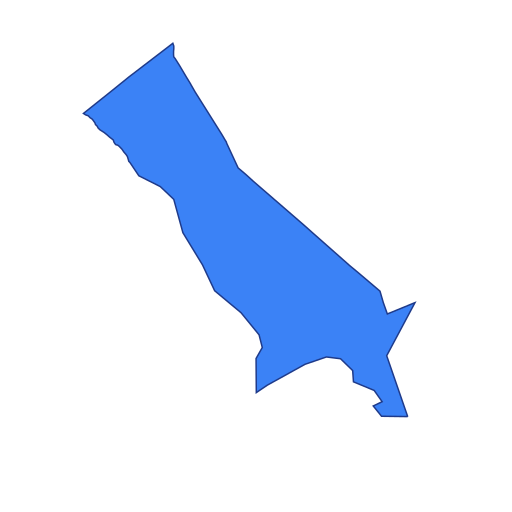 Renk, Upper Nile, South Sudan, rotated 319°
{"feature_id": "79223893B54015778886033", "entity_name": "Renk", "entity_type": "district", "adm_level": 2, "iso_a3": "SSD", "parent_name": "South Sudan", "parent_adm1": "Upper Nile", "projection": "natural_earth1", "projection_center": [32.947, 11.291], "detail": "fine", "context": "isolated", "style": "filled", "palette": "blue", "viewbox_px": 512, "rotation_deg": 319, "n_neighbors": 0, "source": "geoboundaries", "source_scale": "gbopen_adm2", "svg_char_len": 1151}
<svg xmlns="http://www.w3.org/2000/svg" viewBox="0 0 512 512"><g transform="rotate(319 256 256)"><path d="M265.1,476.7L265.1,476.8L289.2,417.0L345.4,395.5L344.6,395.2L317.1,385.9L321.5,374.7L326.5,363.9L322.5,337.5L320.4,324.6L313.7,273.9L312.7,266.0L304.7,209.8L303.0,197.9L301.9,188.4L300.3,177.8L307.9,151.5L308.4,150.5L309.1,146.3L309.2,146.0L310.0,141.6L317.7,92.1L319.4,83.5L319.5,83.3L320.8,75.5L323.3,61.8L324.5,54.0L324.6,51.7L326.0,49.8L328.1,47.4L329.7,45.9L330.6,44.9L331.7,43.6L332.8,40.9L324.4,40.4L277.8,37.5L252.7,36.6L219.3,35.2L220.0,37.7L221.4,40.2L221.5,42.7L222.2,45.4L221.8,49.8L221.1,51.5L221.3,53.9L220.8,55.8L221.0,58.4L222.4,63.1L223.1,67.0L223.5,70.2L224.4,74.8L223.5,76.9L223.2,78.9L223.3,80.2L224.3,81.5L224.7,83.3L224.9,87.5L224.5,90.9L224.5,94.3L224.2,96.5L223.2,98.8L222.1,101.1L222.2,102.7L220.2,118.6L229.3,140.8L231.1,159.3L216.1,190.5L209.8,227.6L202.0,255.1L207.5,289.0L206.6,317.5L200.7,329.2L188.8,333.4L166.6,359.3L179.8,360.9L222.0,369.9L242.9,378.4L252.4,389.0L253.8,405.9L247.0,414.9L257.0,435.0L255.6,448.7L246.1,446.1L245.6,459.3L265.1,476.7Z" fill="#3b82f6" stroke="#1e3a8a" stroke-width="1.5"/></g></svg>